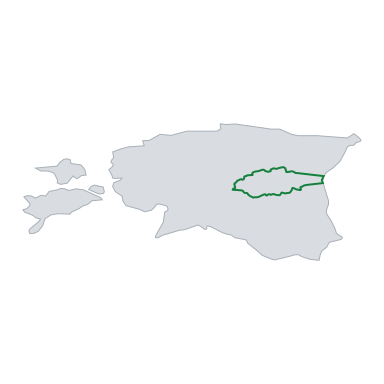 location of Jõgeva within Estonia
{"feature_id": "EST-1657", "entity_name": "Jõgeva", "entity_type": "County", "adm_level": 1, "iso_a3": "EST", "parent_name": "Estonia", "parent_adm1": "", "projection": "equal_earth", "projection_center": [26.423, 58.721], "detail": "fine", "context": "in_parent", "style": "outline", "palette": "green", "viewbox_px": 384, "rotation_deg": 0, "n_neighbors": 0, "source": "natural_earth", "source_scale": "10m", "svg_char_len": 4263}
<svg xmlns="http://www.w3.org/2000/svg" viewBox="0 0 384 384"><path d="M319.3,260.1L317.9,260.2L310.3,259.4L302.0,256.7L298.3,254.7L294.8,254.8L290.4,256.1L274.9,259.9L271.0,259.0L262.2,255.3L257.7,251.2L247.7,243.2L246.9,241.2L245.6,239.7L234.9,237.7L231.0,234.8L227.7,234.3L222.9,232.9L210.5,226.6L207.4,226.0L206.6,227.0L206.8,228.5L206.1,229.4L204.5,229.4L201.6,227.0L198.1,225.0L187.3,228.8L183.4,229.9L180.0,230.1L162.8,235.2L157.6,237.9L155.4,237.6L156.0,235.0L163.3,222.2L164.7,212.1L167.3,210.7L168.1,209.3L167.0,206.1L159.7,204.0L156.7,204.3L154.0,207.8L151.2,210.3L144.7,211.8L139.1,209.2L126.1,205.7L122.9,201.0L122.2,196.3L115.4,191.7L112.6,186.4L113.9,182.7L120.2,180.2L122.0,178.1L114.1,178.4L112.5,177.9L112.2,176.0L108.9,169.5L112.1,167.0L113.5,164.5L111.0,162.4L111.7,160.0L113.7,157.6L112.7,151.9L120.5,149.0L128.2,146.9L144.2,145.8L142.7,140.7L149.2,140.4L160.2,134.3L171.0,135.4L186.7,131.2L216.8,131.2L221.0,128.8L220.3,126.3L220.4,123.8L226.0,124.5L235.5,124.0L270.9,129.1L279.7,129.1L291.8,134.4L298.3,135.7L317.5,135.7L347.2,138.0L352.9,134.5L353.5,133.6L356.4,135.5L360.0,138.7L361.0,140.5L359.8,141.6L356.2,142.5L355.4,143.5L353.8,145.2L349.7,145.5L347.5,146.7L345.0,152.1L340.2,161.1L333.0,168.0L327.3,171.7L324.7,174.6L323.1,178.1L322.7,181.6L328.5,200.8L328.5,204.3L327.2,207.9L326.2,211.5L327.1,214.7L330.8,220.1L334.8,228.2L336.5,233.4L339.1,235.3L341.6,236.7L342.2,237.6L342.1,238.5L340.8,239.5L329.4,242.3L328.0,244.6L326.8,247.1L321.8,251.0L320.3,254.5L319.4,258.6L319.3,260.1ZM64.7,188.8L68.5,190.4L72.0,189.9L75.6,188.8L83.3,189.8L100.8,197.7L102.3,199.8L91.8,200.8L89.3,203.2L86.7,204.9L83.7,205.5L78.5,208.9L71.5,212.1L70.0,214.1L57.6,213.7L50.7,215.0L45.1,218.7L42.6,225.8L38.3,231.3L34.2,233.3L29.9,233.6L28.9,231.5L29.4,229.4L38.7,221.6L40.6,219.1L36.2,217.9L32.5,215.2L24.4,212.0L23.0,209.5L25.0,209.3L26.8,208.6L29.1,206.4L30.2,204.0L23.9,196.8L27.3,195.7L31.5,196.0L35.6,198.1L40.4,195.6L42.4,195.3L45.7,196.1L49.1,191.4L57.0,189.9L61.0,188.4L64.7,188.8ZM81.5,175.6L77.1,178.7L74.5,177.5L73.2,175.9L67.3,183.1L60.8,184.4L57.2,182.9L57.6,180.3L54.2,173.2L48.7,171.1L40.9,171.0L35.4,168.1L57.2,166.1L59.5,162.7L64.0,159.2L67.4,158.9L70.2,159.7L70.6,162.4L71.3,163.5L81.1,165.0L84.8,169.6L86.1,175.1L81.5,175.6ZM103.6,193.4L99.1,194.1L88.7,189.5L91.2,186.4L94.2,185.1L103.2,187.0L104.3,191.8L103.6,193.4Z" fill="#d9dde1" stroke="#a8b0b8" stroke-width="1"/><path d="M323.7,176.1L321.8,180.2L322.8,183.1L307.7,184.8L304.7,185.3L304.1,185.5L303.4,185.8L302.5,186.4L301.9,186.7L301.4,186.9L300.9,186.9L300.6,187.1L300.4,187.6L300.9,189.4L300.6,190.0L299.3,190.0L298.7,189.7L296.6,189.5L294.1,188.3L292.5,188.0L291.4,190.7L289.8,192.7L284.9,193.4L283.0,192.9L282.4,192.6L281.9,192.6L281.3,193.0L280.4,194.5L279.8,195.1L279.6,195.2L279.4,195.2L277.4,195.1L275.4,194.7L273.5,194.0L271.7,194.5L270.9,194.8L270.7,194.8L269.7,194.2L268.3,194.4L267.2,195.3L266.6,195.5L266.1,195.3L265.8,194.8L265.4,194.4L264.6,194.3L263.6,194.6L258.8,196.8L257.9,197.1L256.8,197.3L255.2,197.2L253.3,197.6L249.7,195.8L248.0,194.4L247.8,193.9L247.4,193.4L246.9,193.0L245.2,192.9L244.5,192.8L243.9,192.3L243.6,191.9L243.3,191.5L243.1,191.1L242.4,190.7L241.7,190.4L237.0,190.0L236.1,190.0L235.0,189.9L233.3,189.9L232.8,189.7L232.8,189.3L233.2,188.8L233.8,188.5L234.7,188.2L235.1,187.9L235.2,187.4L234.8,186.5L234.7,184.9L234.3,184.4L234.6,183.4L236.2,182.3L236.6,181.8L237.0,181.0L237.5,180.7L238.1,180.4L238.6,180.3L240.2,179.4L241.3,179.2L242.4,179.8L243.9,179.0L244.0,178.5L244.2,177.9L244.2,177.3L244.4,176.6L245.0,176.2L246.4,176.0L246.8,175.6L247.4,175.4L247.9,175.2L249.0,175.2L252.4,175.0L252.6,174.4L252.2,173.6L252.3,173.3L252.5,172.9L252.8,172.6L253.1,172.4L254.5,171.7L258.9,171.0L262.1,169.8L263.1,169.7L263.9,169.8L265.4,171.1L268.2,171.8L270.5,171.2L270.7,170.9L270.7,170.6L270.7,169.6L273.3,168.4L274.5,168.4L275.1,168.7L276.2,168.8L277.0,168.7L279.1,168.0L282.0,167.3L282.5,167.2L283.9,167.3L285.2,168.2L285.2,168.4L285.4,168.7L285.4,169.0L285.7,169.3L285.9,170.7L286.2,171.7L286.5,172.0L286.9,172.1L287.3,171.9L287.8,171.9L289.0,171.9L290.4,171.5L291.1,171.3L291.6,171.3L292.9,171.5L294.3,172.0L295.0,172.7L295.4,172.9L295.8,173.0L297.3,173.1L297.6,173.1L323.7,176.1L323.7,176.1Z" fill="none" stroke="#15803d" stroke-width="2"/></svg>